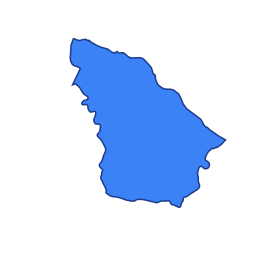 the border of Ardèche, rotated 299°
{"feature_id": "FRA-5267", "entity_name": "Ardèche", "entity_type": "Metropolitan department", "adm_level": 1, "iso_a3": "FRA", "parent_name": "France", "parent_adm1": "", "projection": "natural_earth1", "projection_center": [4.405, 44.824], "detail": "fine", "context": "isolated", "style": "filled", "palette": "blue", "viewbox_px": 256, "rotation_deg": 299, "n_neighbors": 0, "source": "natural_earth", "source_scale": "10m", "svg_char_len": 2665}
<svg xmlns="http://www.w3.org/2000/svg" viewBox="0 0 256 256"><g transform="rotate(299 128 128)"><path d="M185.1,48.5L185.0,51.4L185.8,51.4L185.2,54.6L185.1,59.9L185.5,65.1L187.2,71.8L186.6,76.0L186.7,79.6L189.6,81.3L189.1,83.5L189.7,84.7L190.7,85.8L191.4,87.3L191.4,89.3L190.6,92.7L190.4,94.7L191.3,97.9L195.1,103.9L196.0,106.8L195.4,109.7L192.8,117.6L191.9,119.3L191.4,120.0L188.5,122.8L187.8,123.4L187.5,125.7L186.7,126.7L185.5,127.4L184.1,128.5L182.2,130.6L180.7,132.7L179.9,135.4L179.6,139.5L180.1,141.8L182.6,146.6L183.3,149.3L182.4,155.7L179.3,160.3L175.8,164.5L173.3,170.0L171.0,186.6L170.5,188.2L167.5,192.9L166.8,194.4L166.6,195.7L167.0,196.7L166.0,200.6L164.9,211.5L164.9,219.1L158.9,217.6L155.3,215.9L154.5,215.4L154.0,215.1L153.4,214.1L152.9,213.8L151.9,213.1L151.5,212.7L151.3,212.2L150.7,211.5L146.7,209.8L143.4,209.6L139.4,210.0L138.0,210.7L137.4,211.7L137.3,213.8L137.1,214.9L136.6,215.9L135.8,216.7L134.5,217.4L133.0,217.6L131.6,217.3L130.0,215.9L129.6,214.7L129.6,213.4L130.0,212.4L130.2,211.3L129.8,210.2L128.8,209.5L127.0,209.4L122.9,210.4L121.8,210.9L118.9,213.4L115.4,215.4L114.5,216.2L113.0,218.1L111.9,218.8L110.8,219.1L109.3,219.0L107.9,218.5L98.8,213.6L97.2,213.1L96.1,212.4L95.4,211.2L94.8,210.7L93.4,210.5L91.0,211.4L89.9,211.4L88.7,211.2L87.5,211.2L85.1,212.0L84.0,211.8L83.3,210.8L82.9,205.4L82.2,203.3L82.8,201.8L83.6,200.9L84.2,200.0L84.0,198.6L82.3,196.3L80.3,192.5L76.6,189.5L72.9,176.4L71.8,173.8L69.9,170.6L67.1,168.9L65.8,166.4L64.2,161.8L63.1,154.9L61.6,150.0L61.2,149.5L60.9,148.9L60.4,147.1L60.0,145.0L60.6,140.2L63.4,139.0L63.9,138.2L64.7,137.3L70.6,128.8L71.7,128.1L72.9,127.8L74.0,127.6L76.4,126.7L77.4,126.6L78.2,126.4L79.3,125.8L79.7,124.8L79.9,123.5L80.7,121.6L81.7,120.9L82.9,120.7L86.7,121.2L92.2,120.0L96.1,119.7L97.9,119.2L99.1,118.4L100.0,117.4L103.2,112.7L104.5,110.3L104.9,109.1L105.6,106.7L106.1,105.2L107.2,104.4L108.3,104.4L111.0,105.0L115.1,103.6L116.9,102.6L117.4,101.6L117.2,100.4L116.2,98.6L116.0,98.3L115.9,98.1L116.0,97.5L116.3,96.4L117.6,94.7L118.9,94.0L120.2,93.7L123.2,93.4L125.4,92.7L126.3,91.9L126.5,90.9L125.8,89.9L124.0,88.0L123.7,86.8L124.2,85.5L125.8,83.5L127.5,82.4L128.4,81.3L128.5,80.3L127.0,78.3L126.5,77.2L126.6,76.0L127.5,75.5L128.5,75.5L129.6,75.8L130.7,76.3L131.6,77.0L132.4,78.0L133.3,78.7L134.6,78.8L135.4,78.2L135.9,77.2L136.0,76.1L136.2,74.0L136.3,72.9L136.7,71.9L137.2,70.8L139.7,66.6L140.4,64.6L140.7,63.5L141.0,61.7L140.9,60.3L138.9,58.6L156.2,57.5L156.8,57.7L157.0,57.2L157.2,55.2L156.4,50.2L156.7,48.4L158.4,45.8L161.1,43.6L173.0,38.0L179.6,36.9L180.1,38.4L180.4,41.7L181.4,43.7L183.4,45.7L185.1,48.0L185.1,48.5Z" fill="#3b82f6" stroke="#1e3a8a" stroke-width="1.5"/></g></svg>